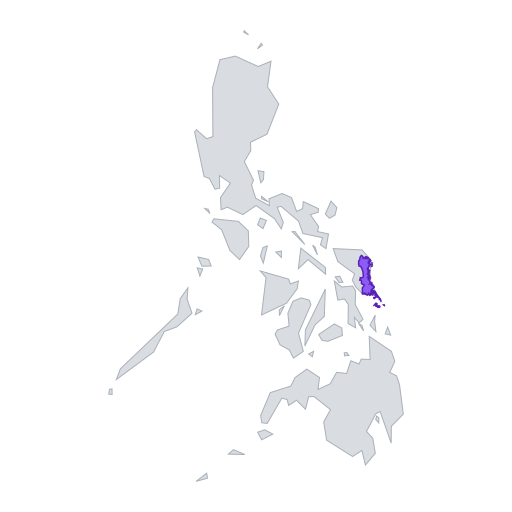 Eastern Samar, Eastern Samar, Philippines shown in context
{"feature_id": "2640588B94499067384006", "entity_name": "Eastern Samar", "entity_type": "district", "adm_level": 2, "iso_a3": "PHL", "parent_name": "Philippines", "parent_adm1": "Eastern Samar", "projection": "mercator", "projection_center": [125.55, 11.519], "detail": "fine", "context": "in_parent", "style": "filled", "palette": "violet", "viewbox_px": 512, "rotation_deg": 0, "n_neighbors": 0, "source": "geoboundaries", "source_scale": "gbopen_adm2", "svg_char_len": 9370}
<svg xmlns="http://www.w3.org/2000/svg" viewBox="0 0 512 512"><path d="M235.3,56.1L258.1,66.5L271.0,61.2L267.5,86.8L278.8,104.1L267.0,134.2L250.5,142.2L250.8,150.6L244.3,161.6L253.5,180.2L251.5,185.1L255.7,198.2L269.4,205.7L269.0,198.8L282.1,193.5L291.5,197.6L296.6,211.4L302.6,208.7L303.3,201.6L318.5,208.7L318.2,212.3L310.4,214.7L318.6,226.6L317.6,231.6L328.5,233.9L326.0,248.6L320.4,244.8L322.6,237.7L303.0,233.6L298.5,221.1L281.1,206.4L277.2,207.1L283.3,222.6L281.3,228.9L274.4,218.6L256.1,205.5L242.8,214.6L227.4,207.2L221.1,209.7L220.5,197.6L230.4,183.1L219.5,175.6L219.6,188.2L215.0,189.2L209.3,178.4L204.1,176.6L194.6,131.9L196.4,129.7L206.5,138.6L212.9,136.6L212.6,87.6L220.0,59.6L235.3,56.1ZM369.2,336.4L391.4,351.3L394.8,361.4L389.7,372.4L396.6,375.9L399.5,384.6L403.3,414.1L391.3,426.3L391.2,443.1L380.1,411.5L375.9,413.7L366.5,431.4L372.8,438.3L375.3,453.3L365.4,465.0L361.9,450.5L352.6,456.5L326.6,440.2L323.7,422.0L330.5,409.6L313.9,396.5L308.6,396.8L305.5,409.2L296.5,400.2L288.7,405.4L287.1,399.5L281.8,398.2L267.2,423.4L261.8,422.8L260.6,415.6L270.3,392.6L290.8,386.1L295.1,377.5L306.8,369.1L319.5,377.5L318.0,389.4L330.2,383.8L336.6,372.3L346.6,373.5L350.8,360.8L359.1,364.0L361.2,359.1L370.1,359.5L369.2,336.4ZM303.3,351.4L293.4,358.1L289.4,350.0L280.1,344.9L275.1,334.3L277.3,330.0L289.1,326.1L287.9,313.2L293.0,301.2L301.4,297.9L309.2,300.1L310.9,304.5L298.5,333.1L303.3,351.4ZM362.1,249.9L371.2,260.4L369.9,279.1L377.3,296.1L361.9,293.2L355.8,287.0L352.3,280.2L354.6,273.8L337.8,261.6L333.2,248.6L362.1,249.9ZM260.3,271.0L288.6,279.1L290.3,283.9L298.4,281.0L297.2,288.7L286.5,303.2L261.5,315.0L266.0,277.6L260.3,271.0ZM153.6,352.0L116.4,379.5L120.4,368.8L177.8,314.0L180.3,298.5L187.9,287.9L187.1,299.1L192.0,313.3L176.8,326.9L164.3,331.5L153.6,352.0ZM213.9,218.8L238.4,221.4L248.3,230.9L248.8,246.4L239.5,259.6L229.9,250.4L221.6,229.7L212.0,222.1L213.9,218.8ZM341.8,287.0L352.7,286.0L355.6,291.1L355.2,304.4L363.0,319.3L359.2,322.9L354.4,317.4L355.6,327.8L348.1,323.6L348.3,304.5L344.5,298.9L337.8,300.1L334.3,281.0L341.8,287.0ZM304.9,346.0L305.4,329.9L325.3,289.1L324.3,316.4L315.0,324.9L304.9,346.0ZM342.4,335.5L327.9,341.3L322.2,340.5L318.6,334.5L334.4,323.9L341.8,328.0L342.4,335.5ZM300.8,248.1L325.4,267.5L325.6,274.2L308.0,259.6L298.4,268.7L300.8,248.1ZM335.0,215.1L329.5,218.3L325.3,214.1L331.0,201.1L336.9,207.6L335.0,215.1ZM272.8,434.1L261.6,439.8L257.7,432.2L264.7,429.8L272.8,434.1ZM198.1,257.0L208.6,259.5L211.2,266.0L201.9,266.2L198.1,257.0ZM260.3,218.0L266.4,220.5L263.0,228.6L257.6,224.7L260.3,218.0ZM233.4,449.7L244.8,454.5L228.4,454.1L233.4,449.7ZM375.9,331.5L370.0,325.2L375.2,315.1L374.6,321.2L375.9,331.5ZM267.3,245.9L263.3,263.1L260.5,256.0L262.9,247.6L267.3,245.9ZM206.7,473.2L207.5,478.2L196.1,481.3L206.7,473.2ZM263.9,171.7L263.5,179.5L260.8,182.8L258.0,170.7L263.9,171.7ZM284.4,305.8L279.4,315.6L279.3,309.9L284.4,305.8ZM202.7,269.0L199.9,276.1L197.3,267.9L202.7,269.0ZM342.8,282.3L339.0,282.5L335.2,276.9L339.8,276.2L342.8,282.3ZM281.4,251.0L281.4,257.5L275.8,252.1L281.4,251.0ZM390.7,335.1L385.2,333.9L387.7,327.0L390.7,335.1ZM294.9,231.5L304.8,244.4L292.2,231.7L294.9,231.5ZM201.9,311.1L195.3,314.7L197.1,308.9L201.9,311.1ZM313.6,351.3L312.3,356.7L308.6,354.0L313.6,351.3ZM315.2,247.3L317.4,254.9L312.6,245.2L315.2,247.3ZM112.1,394.5L108.7,394.1L109.5,389.3L112.0,388.8L112.1,394.5ZM348.9,355.5L344.6,355.8L344.2,352.9L346.7,352.4L348.9,355.5ZM378.8,422.9L375.7,419.5L376.7,416.1L378.8,417.8L378.8,422.9ZM208.1,209.2L210.0,213.5L204.8,208.5L208.1,209.2ZM361.9,325.2L363.6,330.9L358.9,324.0L361.9,325.2ZM262.5,45.1L257.5,48.8L261.1,43.3L262.5,45.1ZM268.3,202.0L261.5,198.6L261.6,196.3L268.3,202.0ZM244.2,30.7L248.5,34.9L243.7,32.1L244.2,30.7Z" fill="#d9dde1" stroke="#a8b0b8" stroke-width="1"/><path d="M364.7,257.6L363.9,257.8L363.1,258.0L363.2,257.3L362.5,256.2L361.6,255.5L361.3,255.5L360.2,257.0L360.0,257.5L359.6,259.9L358.7,260.8L358.6,264.1L359.1,266.1L360.7,266.3L362.0,269.0L363.0,271.8L363.1,274.0L363.5,276.6L361.5,278.1L360.3,277.7L360.2,278.8L359.7,280.1L361.2,280.5L361.6,281.6L361.6,282.5L361.3,283.0L361.6,283.7L362.2,284.1L363.6,284.5L364.3,285.3L362.3,288.0L362.4,292.7L362.2,292.9L362.3,293.8L362.7,294.0L363.0,293.4L363.2,293.5L363.9,293.2L363.9,293.4L364.3,293.8L364.6,293.7L364.4,294.0L364.6,294.0L365.0,294.1L365.0,293.9L365.7,293.9L366.2,294.6L366.6,294.3L367.3,294.6L367.1,294.8L367.3,295.1L368.1,294.8L368.1,294.2L368.3,294.2L368.5,294.6L368.5,294.0L368.7,293.9L368.9,294.0L368.9,293.9L368.9,293.7L369.1,294.0L369.5,294.1L369.4,294.3L369.5,294.4L369.8,294.2L369.5,294.5L369.6,294.8L369.8,294.5L370.2,294.8L370.2,295.0L370.5,295.1L370.6,294.9L370.5,294.5L370.7,294.2L370.6,293.5L370.7,293.3L370.9,293.2L370.8,293.7L371.1,293.5L371.0,293.1L371.2,292.9L371.5,292.9L371.8,293.2L371.7,293.1L372.0,292.9L372.3,293.0L372.1,293.3L372.2,293.6L371.9,293.7L372.2,293.7L372.2,293.9L372.3,293.9L372.5,294.3L374.3,293.4L375.1,293.2L375.2,293.5L375.0,293.9L376.2,294.3L375.4,295.1L375.9,295.3L376.0,295.6L376.3,295.6L376.7,296.1L376.6,296.5L376.9,296.7L376.8,296.8L377.4,297.2L377.9,297.1L377.9,297.3L377.6,297.3L378.0,297.3L377.9,297.2L378.1,297.0L378.1,296.3L377.2,294.9L376.1,293.6L375.8,292.5L375.2,291.5L373.1,290.4L372.8,290.6L374.0,291.5L373.6,291.6L373.7,291.8L373.3,291.8L373.5,291.7L373.3,291.6L373.2,291.8L372.8,291.8L373.1,292.1L372.7,292.1L372.0,291.8L371.9,292.0L371.6,291.7L371.3,291.8L371.4,291.6L371.2,291.6L371.3,291.0L371.2,291.0L371.2,290.8L371.2,290.4L371.5,290.3L371.3,290.2L371.6,289.6L372.2,289.2L372.4,288.7L373.5,288.2L373.6,287.8L374.0,287.5L373.9,287.3L374.2,287.1L374.2,286.6L373.9,286.2L373.3,286.2L373.1,286.0L373.2,285.9L372.7,285.6L372.7,285.2L372.1,285.4L372.2,285.0L371.7,285.0L371.6,284.7L371.3,284.2L371.5,284.0L371.0,283.9L370.8,283.5L369.9,283.7L370.5,283.0L371.0,282.8L370.6,282.7L370.6,282.2L370.0,281.8L370.0,281.6L369.2,280.6L369.3,280.5L369.1,279.8L369.3,279.2L369.0,279.1L368.6,279.3L368.3,279.1L368.5,278.7L368.3,278.7L368.3,278.3L368.6,278.0L368.8,278.0L368.8,277.7L369.0,277.5L368.6,277.4L368.8,277.2L368.5,277.2L368.8,277.0L368.6,276.8L368.9,276.8L369.0,276.6L369.6,276.9L369.6,276.7L369.9,276.7L369.6,276.4L369.3,276.5L369.2,276.3L369.6,276.0L369.2,275.7L369.3,275.4L369.4,275.5L369.5,275.3L369.2,274.9L368.9,274.8L369.2,274.7L368.9,274.0L368.7,274.0L368.3,274.6L368.2,274.4L367.9,274.4L368.1,274.0L367.6,274.2L367.6,273.8L367.9,273.8L367.8,273.6L367.9,273.4L368.2,273.7L368.3,273.3L368.5,273.6L369.0,273.5L369.3,272.9L369.0,272.5L369.0,272.2L368.8,272.0L368.6,272.2L368.1,271.8L368.3,271.4L368.1,270.9L368.4,270.5L368.0,270.4L367.7,269.7L367.7,269.4L368.0,269.4L367.8,269.3L367.8,269.2L367.7,269.1L367.8,268.9L368.0,268.9L367.7,268.6L368.1,268.4L367.9,267.8L368.5,267.4L368.8,266.6L368.4,266.7L368.9,266.5L369.4,265.8L369.7,265.6L369.7,265.4L369.5,265.5L369.5,265.3L369.9,265.4L370.0,265.0L370.6,264.5L370.4,264.4L370.2,264.6L370.0,264.4L369.8,264.5L370.0,264.2L369.7,263.9L369.7,264.1L369.5,263.6L369.2,263.7L369.2,263.4L369.4,263.4L369.8,263.5L369.7,263.2L369.3,263.0L368.9,263.3L368.4,263.2L368.2,262.5L368.4,262.1L368.8,262.0L369.1,262.1L369.0,261.9L369.3,261.9L369.2,261.5L368.8,261.6L368.8,261.2L369.4,261.2L369.6,260.9L370.0,261.1L370.1,260.9L369.9,260.7L370.1,260.6L370.5,261.0L370.6,260.7L370.6,260.4L370.4,260.0L370.0,260.0L370.0,259.6L369.8,259.6L369.9,259.8L370.0,260.1L369.8,260.0L369.7,259.8L369.7,259.4L369.5,259.2L369.1,259.0L368.8,259.3L369.0,258.8L368.7,258.3L368.3,258.1L368.2,258.2L368.2,257.9L368.0,258.0L367.4,257.5L367.4,257.9L367.2,258.0L367.0,257.6L366.7,257.6L366.6,258.1L366.2,258.1L366.3,257.8L366.0,258.0L366.1,257.7L365.8,257.6L366.1,257.3L366.3,257.2L366.4,257.4L366.5,256.9L365.7,256.8L365.8,257.4L365.5,257.5L365.2,258.0L364.8,257.8L364.5,257.9L364.7,257.6ZM376.1,306.2L377.0,306.5L377.6,307.2L378.1,307.4L378.6,307.3L379.4,307.3L379.7,307.1L379.9,306.5L379.7,306.1L379.3,305.9L377.3,305.8L376.8,305.6L376.9,305.4L376.6,305.1L376.7,304.6L377.1,304.0L376.7,303.5L376.0,303.2L375.1,304.2L375.0,305.1L375.3,305.7L376.3,305.9L376.1,306.2ZM378.4,296.7L378.2,296.8L378.2,297.2L379.0,297.9L379.7,298.7L380.1,299.6L380.3,299.5L380.5,299.5L380.1,298.6L379.6,298.2L379.2,297.5L378.4,296.7ZM374.8,297.5L373.7,297.6L373.7,298.1L374.3,298.5L374.8,298.3L374.9,297.9L374.8,297.5ZM375.7,295.8L375.5,296.1L375.9,296.7L376.6,296.3L375.7,295.8ZM384.5,305.4L384.1,304.7L383.5,304.9L384.4,305.6L384.5,305.4ZM375.5,294.2L375.1,294.2L375.3,294.8L375.5,294.7L375.8,294.6L375.5,294.2ZM369.2,270.7L368.9,270.9L368.6,270.8L368.8,271.1L369.1,270.9L369.4,271.1L369.5,270.9L369.2,270.7ZM372.0,264.3L372.1,264.9L371.9,265.3L372.2,264.8L372.0,264.3ZM372.4,294.3L372.2,294.5L372.5,294.8L372.7,294.6L372.4,294.3ZM372.2,263.0L371.5,262.6L372.0,263.3L372.2,263.0ZM369.8,277.5L369.4,277.5L369.8,278.0L369.8,277.5ZM380.4,299.8L380.2,299.9L380.5,300.4L380.5,300.1L380.4,299.8ZM371.8,284.0L371.6,284.2L372.0,284.2L371.8,284.0ZM370.1,278.9L370.1,279.1L370.2,278.9L370.1,278.9ZM380.3,299.6L380.1,299.6L380.4,299.8L380.3,299.6ZM376.1,296.9L375.9,296.8L376.0,297.0L376.1,296.9ZM375.1,294.2L374.8,294.3L375.1,294.2ZM372.3,264.4L372.2,264.2L372.3,264.5L372.3,264.4ZM368.8,270.7L368.7,270.7L368.8,270.7ZM371.8,266.2L372.0,266.1L371.9,265.9L371.8,266.0L371.8,266.2ZM369.2,270.3L369.1,270.2L369.1,270.3L369.2,270.3ZM374.8,304.4L374.6,304.4L374.5,304.6L374.8,304.4ZM371.8,265.9L372.0,265.8L371.9,265.7L371.8,265.9Z" fill="#8b5cf6" stroke="#5b21b6" stroke-width="1.5"/></svg>